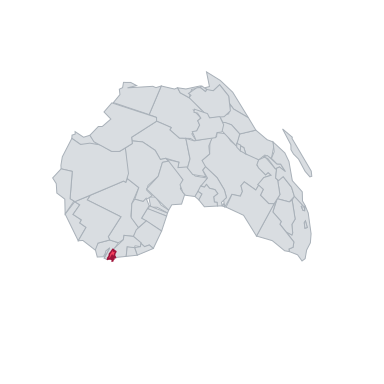 Africa, with Guinea-Bissau highlighted, rotated 305°
{"feature_id": "GNB", "entity_name": "Guinea-Bissau", "entity_type": "country or territory", "adm_level": 0, "iso_a3": "GNB", "parent_name": "Africa", "parent_adm1": "", "projection": "orthographic", "projection_center": [-15.403, 11.81], "detail": "fine", "context": "in_parent", "style": "filled", "palette": "rose", "viewbox_px": 384, "rotation_deg": 305, "n_neighbors": 49, "source": "natural_earth", "source_scale": "50m", "svg_char_len": 11698}
<svg xmlns="http://www.w3.org/2000/svg" viewBox="0 0 384 384"><g transform="rotate(305 192 192)"><path d="M266.9,197.8L279.3,208.8L277.9,223.5L279.5,229.6L277.3,232.4L265.1,237.8L264.1,230.5L256.6,228.2L254.2,221.9L254.0,214.3L258.1,209.0L257.5,200.6L266.9,197.8Z" fill="#d9dde1" stroke="#a8b0b8" stroke-width="1"/><path d="M116.8,101.5L117.1,107.4L105.4,107.4L105.7,117.4L102.3,117.8L102.2,125.5L86.8,126.8L101.2,100.7L116.8,101.5Z" fill="#d9dde1" stroke="#a8b0b8" stroke-width="1"/><path d="M254.0,214.3L256.6,228.2L251.0,230.0L248.3,242.5L251.6,243.2L251.1,247.2L245.0,242.5L230.2,243.1L230.3,229.0L225.2,228.5L221.4,233.0L216.3,234.0L213.0,226.1L198.7,227.5L203.9,222.0L207.2,223.4L212.3,217.3L218.1,204.4L220.7,185.8L223.6,182.1L233.3,184.6L243.0,178.1L248.1,177.3L251.4,180.4L255.0,178.4L259.5,187.0L256.0,194.1L254.0,214.3Z" fill="#d9dde1" stroke="#a8b0b8" stroke-width="1"/><path d="M285.2,195.6L283.8,178.5L286.0,172.0L291.6,167.0L295.7,153.1L287.2,151.4L284.1,146.7L284.8,142.8L288.4,145.8L298.7,135.0L299.6,151.2L297.1,168.1L285.2,195.6Z" fill="#d9dde1" stroke="#a8b0b8" stroke-width="1"/><path d="M279.3,208.8L266.9,197.8L269.7,185.8L266.7,177.2L269.7,171.5L277.1,177.2L285.5,173.4L283.8,178.5L285.2,195.6L279.3,208.8Z" fill="#d9dde1" stroke="#a8b0b8" stroke-width="1"/><path d="M238.8,166.9L236.3,165.6L235.2,164.6L235.0,160.0L228.8,150.9L230.2,138.2L232.9,138.0L229.4,120.8L232.7,120.2L230.8,112.5L261.2,106.0L266.3,118.6L269.1,120.4L266.5,125.4L267.9,139.1L264.8,151.9L265.1,159.7L260.0,146.4L257.6,156.9L253.7,155.8L251.2,159.9L244.8,160.8L239.5,158.5L236.6,165.7L238.8,166.9Z" fill="#d9dde1" stroke="#a8b0b8" stroke-width="1"/><path d="M229.7,122.4L232.9,138.0L230.2,138.2L228.8,150.9L232.4,156.2L218.0,171.4L209.1,174.5L203.9,166.5L208.9,164.2L204.6,151.2L200.5,147.5L205.0,137.9L204.7,122.8L199.5,113.6L202.2,111.1L229.7,122.4Z" fill="#d9dde1" stroke="#a8b0b8" stroke-width="1"/><path d="M199.0,305.9L200.9,304.1L204.7,306.5L209.5,304.1L213.3,292.3L214.1,298.5L216.3,297.9L222.7,292.4L229.0,292.0L242.8,278.7L247.2,278.3L246.6,285.0L244.6,290.0L242.7,290.0L240.6,293.5L241.3,295.0L245.8,292.4L241.5,299.2L226.1,313.5L218.3,318.1L210.2,319.2L202.3,322.9L198.6,321.7L201.1,314.5L199.0,305.9ZM233.4,301.5L231.2,301.6L227.1,305.3L229.0,306.8L233.4,301.5Z" fill="#d9dde1" stroke="#a8b0b8" stroke-width="1"/><path d="M233.4,301.5L229.0,306.8L227.1,305.3L231.2,301.6L233.4,301.5Z" fill="#d9dde1" stroke="#a8b0b8" stroke-width="1"/><path d="M247.2,278.3L239.7,277.4L235.4,265.7L240.3,265.5L251.1,255.1L256.9,257.9L253.0,270.8L247.2,278.3Z" fill="#d9dde1" stroke="#a8b0b8" stroke-width="1"/><path d="M242.8,278.7L229.0,292.0L222.7,292.4L216.3,297.9L214.1,298.5L213.3,292.3L216.0,282.5L219.0,282.0L222.0,269.7L235.4,265.7L239.7,277.4L242.8,278.7Z" fill="#d9dde1" stroke="#a8b0b8" stroke-width="1"/><path d="M216.0,282.5L209.5,304.1L204.7,306.5L200.9,304.1L199.0,305.9L197.0,301.6L198.2,285.7L192.9,270.1L234.9,265.3L222.0,269.7L219.0,282.0L216.0,282.5Z" fill="#d9dde1" stroke="#a8b0b8" stroke-width="1"/><path d="M87.9,156.3L84.4,151.7L90.3,144.8L96.2,144.3L105.5,152.1L108.2,160.8L88.0,161.1L87.4,158.0L99.1,156.6L87.9,156.3Z" fill="#d9dde1" stroke="#a8b0b8" stroke-width="1"/><path d="M108.2,160.8L105.5,152.1L107.4,149.0L130.9,148.0L125.4,110.7L130.8,110.5L161.7,129.7L162.0,132.2L165.9,131.5L165.1,145.9L147.9,149.4L137.1,155.9L132.2,168.5L122.0,169.5L117.5,161.2L113.5,163.1L108.2,160.8Z" fill="#d9dde1" stroke="#a8b0b8" stroke-width="1"/><path d="M86.8,126.8L102.2,125.5L102.3,117.8L105.7,117.4L105.4,107.4L117.1,107.4L116.8,101.5L130.8,110.5L125.4,110.7L130.9,148.0L107.4,149.0L105.5,152.1L96.2,144.3L88.9,146.1L89.7,130.4L86.8,126.8Z" fill="#d9dde1" stroke="#a8b0b8" stroke-width="1"/><path d="M163.8,183.3L160.7,184.0L159.5,172.1L155.8,167.0L163.2,159.4L167.1,165.2L163.6,174.3L163.8,183.3Z" fill="#d9dde1" stroke="#a8b0b8" stroke-width="1"/><path d="M199.5,113.6L204.7,122.8L205.0,137.9L200.5,147.5L204.6,151.2L203.6,154.8L199.3,150.8L185.5,155.3L172.2,152.2L167.5,153.9L166.2,161.5L156.2,157.4L153.3,149.2L165.1,145.9L165.9,131.5L189.8,112.2L197.5,115.3L199.5,113.6Z" fill="#d9dde1" stroke="#a8b0b8" stroke-width="1"/><path d="M163.8,183.3L168.4,153.0L185.5,155.3L199.3,150.8L205.1,156.2L196.9,177.6L188.0,180.6L185.6,187.5L176.1,190.4L170.0,182.8L163.8,183.3Z" fill="#d9dde1" stroke="#a8b0b8" stroke-width="1"/><path d="M204.5,153.1L208.9,164.2L203.9,166.5L209.5,173.3L206.9,185.5L212.3,196.7L190.0,197.0L185.6,188.6L186.5,184.6L191.1,178.0L196.9,177.6L204.5,153.1Z" fill="#d9dde1" stroke="#a8b0b8" stroke-width="1"/><path d="M156.2,164.8L160.7,184.0L157.7,185.0L152.7,166.2L156.2,164.8Z" fill="#d9dde1" stroke="#a8b0b8" stroke-width="1"/><path d="M152.9,164.9L157.7,185.0L142.6,189.5L141.6,165.7L152.9,164.9Z" fill="#d9dde1" stroke="#a8b0b8" stroke-width="1"/><path d="M122.0,169.5L129.1,168.0L142.2,171.0L142.6,189.5L123.6,192.7L124.1,187.4L120.0,184.5L122.0,169.5Z" fill="#d9dde1" stroke="#a8b0b8" stroke-width="1"/><path d="M99.7,160.3L113.5,163.1L117.5,161.2L122.0,169.5L121.2,179.6L117.6,181.1L115.3,176.3L112.4,177.1L109.9,170.4L101.5,175.0L94.1,166.5L99.7,160.3Z" fill="#d9dde1" stroke="#a8b0b8" stroke-width="1"/><path d="M120.6,179.6L120.0,184.5L124.1,187.4L123.6,192.7L108.8,183.4L113.5,176.9L117.6,181.1L120.6,179.6Z" fill="#d9dde1" stroke="#a8b0b8" stroke-width="1"/><path d="M101.5,175.0L109.9,170.4L113.5,176.9L108.8,183.4L101.5,175.0Z" fill="#d9dde1" stroke="#a8b0b8" stroke-width="1"/><path d="M132.2,168.5L136.1,156.9L147.9,149.4L153.3,149.2L156.2,157.4L160.6,158.0L156.2,164.8L141.6,165.7L142.2,171.0L132.2,168.5Z" fill="#d9dde1" stroke="#a8b0b8" stroke-width="1"/><path d="M248.1,177.3L239.3,179.4L233.3,184.6L223.6,182.1L220.5,188.6L216.1,188.3L212.5,194.6L206.7,182.6L209.1,174.5L218.0,171.4L232.4,156.2L235.2,164.6L248.1,177.3Z" fill="#d9dde1" stroke="#a8b0b8" stroke-width="1"/><path d="M220.5,188.6L218.1,204.4L212.3,217.3L207.2,223.4L200.4,222.1L197.9,224.7L195.1,220.9L197.9,218.5L196.6,216.1L200.5,212.5L205.5,214.0L207.1,209.4L205.1,204.2L206.5,199.5L203.1,199.4L202.3,195.8L212.3,196.7L216.1,188.3L220.5,188.6Z" fill="#d9dde1" stroke="#a8b0b8" stroke-width="1"/><path d="M195.9,196.5L201.8,195.6L203.1,199.4L206.5,199.5L205.1,204.2L207.1,209.4L205.5,214.0L200.5,212.5L196.6,216.1L197.9,218.5L195.1,220.9L187.0,210.6L189.5,202.0L196.0,201.2L195.9,196.5Z" fill="#d9dde1" stroke="#a8b0b8" stroke-width="1"/><path d="M190.0,197.0L195.9,196.5L196.0,201.2L189.5,202.0L190.0,197.0Z" fill="#d9dde1" stroke="#a8b0b8" stroke-width="1"/><path d="M256.6,228.2L262.7,231.7L258.8,247.1L260.0,247.7L251.4,252.5L251.1,255.1L240.3,265.5L229.5,266.0L226.5,261.5L228.6,249.9L235.0,248.9L235.7,241.6L245.0,242.5L251.1,247.2L251.6,243.2L248.3,242.5L249.9,232.6L251.8,229.4L256.6,228.2Z" fill="#d9dde1" stroke="#a8b0b8" stroke-width="1"/><path d="M261.7,230.3L265.1,232.9L263.7,245.5L265.7,248.6L262.3,256.9L262.7,249.3L258.8,247.1L262.9,234.8L261.7,230.3Z" fill="#d9dde1" stroke="#a8b0b8" stroke-width="1"/><path d="M265.1,237.8L272.2,236.2L279.5,229.6L277.3,245.6L272.6,253.9L258.8,267.7L255.4,282.2L248.0,287.7L245.8,292.4L244.0,292.8L247.2,278.3L253.0,270.8L256.9,257.9L251.0,256.4L251.4,252.5L260.0,247.7L262.7,249.3L262.3,256.9L265.7,248.6L263.7,245.5L265.1,237.8Z" fill="#d9dde1" stroke="#a8b0b8" stroke-width="1"/><path d="M244.0,292.8L241.3,295.0L240.6,293.5L242.7,290.0L244.0,292.8Z" fill="#d9dde1" stroke="#a8b0b8" stroke-width="1"/><path d="M197.9,224.7L200.4,224.2L198.7,227.5L197.9,224.7ZM199.1,228.6L213.0,226.1L216.3,234.0L221.4,233.0L225.2,228.5L230.3,229.0L230.2,243.1L235.9,242.7L235.0,248.9L228.6,249.9L226.5,261.5L229.5,266.0L192.9,270.1L202.5,247.6L199.1,228.6Z" fill="#d9dde1" stroke="#a8b0b8" stroke-width="1"/><path d="M257.5,205.5L258.1,209.0L254.0,214.3L253.4,208.0L257.5,205.5Z" fill="#d9dde1" stroke="#a8b0b8" stroke-width="1"/><path d="M295.6,230.0L294.4,242.7L293.2,243.3L277.5,277.7L273.6,281.1L272.0,279.9L273.8,272.8L280.1,260.3L281.3,253.4L283.4,248.8L287.4,245.9L295.6,230.0Z" fill="#d9dde1" stroke="#a8b0b8" stroke-width="1"/><path d="M87.4,158.0L94.3,155.2L99.1,156.6L87.4,158.0Z" fill="#d9dde1" stroke="#a8b0b8" stroke-width="1"/><path d="M176.3,86.9L167.0,73.4L167.0,62.8L169.8,61.1L172.4,63.1L174.4,61.6L174.7,71.8L179.9,75.8L176.3,86.9Z" fill="#d9dde1" stroke="#a8b0b8" stroke-width="1"/><path d="M116.8,101.5L116.5,96.0L140.2,82.1L135.9,71.5L138.7,69.3L146.4,65.6L167.0,62.8L167.0,73.4L173.4,80.3L178.1,90.1L179.2,103.0L183.6,109.3L189.8,112.2L170.7,129.4L162.0,132.2L161.7,129.7L116.8,101.5Z" fill="#d9dde1" stroke="#a8b0b8" stroke-width="1"/><path d="M267.6,135.6L266.5,125.4L269.1,120.4L272.9,127.9L283.7,138.0L282.4,139.1L275.8,132.9L267.6,135.6Z" fill="#d9dde1" stroke="#a8b0b8" stroke-width="1"/><path d="M101.2,100.7L113.2,91.9L113.6,81.9L121.0,76.0L123.6,69.8L135.9,71.5L140.2,82.1L116.5,96.0L116.8,100.5L101.2,100.7Z" fill="#d9dde1" stroke="#a8b0b8" stroke-width="1"/><path d="M261.2,106.0L230.8,112.5L220.1,76.3L230.5,77.1L234.5,73.5L237.7,75.3L242.5,73.0L246.6,79.0L247.4,85.6L240.3,79.4L256.1,99.3L256.8,102.6L261.2,106.0Z" fill="#d9dde1" stroke="#a8b0b8" stroke-width="1"/><path d="M219.0,75.2L232.7,120.2L229.7,122.4L202.2,111.1L197.5,115.3L183.6,109.3L179.2,103.0L176.9,82.8L179.9,75.8L191.9,77.7L194.2,80.9L205.2,83.7L207.1,74.0L219.0,75.2Z" fill="#d9dde1" stroke="#a8b0b8" stroke-width="1"/><path d="M295.7,153.1L291.6,167.0L280.5,176.9L272.1,175.1L262.8,163.9L267.6,135.6L270.6,135.7L270.7,132.6L280.1,136.1L282.4,139.1L282.1,145.4L284.4,145.2L287.2,151.4L295.7,153.1Z" fill="#d9dde1" stroke="#a8b0b8" stroke-width="1"/><path d="M282.4,139.1L284.5,139.1L284.4,145.2L282.1,145.4L282.4,139.1Z" fill="#d9dde1" stroke="#a8b0b8" stroke-width="1"/><path d="M266.9,197.8L255.1,201.9L259.4,180.8L266.7,177.2L268.1,179.7L269.7,185.8L266.9,197.8Z" fill="#d9dde1" stroke="#a8b0b8" stroke-width="1"/><path d="M257.5,200.6L258.3,204.9L253.4,208.0L254.3,203.1L257.5,200.6Z" fill="#d9dde1" stroke="#a8b0b8" stroke-width="1"/><path d="M258.3,182.1L255.0,178.4L250.1,180.2L236.6,165.7L241.6,157.6L244.8,160.8L251.2,159.9L253.7,155.8L257.6,156.9L259.8,151.2L258.4,147.9L261.2,146.4L265.1,159.7L262.8,163.9L269.7,171.5L265.2,179.4L258.3,182.1Z" fill="#d9dde1" stroke="#a8b0b8" stroke-width="1"/><path d="M87.9,161.2L88.1,161.2L88.6,161.3L89.0,161.2L89.3,161.1L89.7,160.9L90.1,160.8L91.3,160.9L92.3,160.7L93.1,160.3L93.8,159.9L94.7,159.9L95.7,160.0L97.1,160.0L98.2,160.0L99.5,160.0L99.5,160.3L99.8,160.7L99.7,161.1L99.6,161.4L99.6,161.5L99.4,161.6L99.1,161.6L98.9,161.7L98.7,161.8L98.9,162.1L99.0,162.3L99.5,162.6L99.6,162.8L99.6,163.3L99.6,163.7L98.7,164.0L98.0,164.0L97.5,164.0L97.2,164.1L96.7,164.4L96.1,164.6L95.8,164.6L95.7,164.7L95.5,165.0L94.8,166.4L94.6,166.7L94.4,166.9L94.2,166.6L94.4,166.1L94.2,166.1L93.9,166.5L93.7,166.5L93.7,166.0L93.3,166.1L93.0,165.8L93.0,165.6L93.0,165.3L93.2,165.2L92.8,165.1L92.7,165.0L92.9,164.7L93.6,164.4L93.9,164.3L94.3,164.3L94.1,164.0L93.7,163.9L93.3,164.0L93.2,164.2L92.6,163.8L92.6,163.6L92.8,163.3L93.0,163.2L93.8,163.2L94.1,163.0L94.3,162.9L94.2,162.8L93.9,163.0L92.9,162.9L92.6,163.0L92.0,163.4L91.4,163.6L90.9,163.5L91.1,163.0L91.0,162.9L90.8,162.8L90.1,163.0L89.6,162.7L89.4,162.5L89.4,162.1L89.7,161.8L89.7,161.7L89.0,161.8L87.9,161.2ZM90.2,166.4L89.9,166.5L89.8,166.3L89.7,166.2L89.9,166.1L90.0,166.1L90.3,165.9L90.5,166.2L90.4,166.3L90.2,166.4ZM91.1,164.8L90.9,164.9L90.7,164.9L90.6,164.6L90.8,164.3L91.0,164.3L91.1,164.8ZM90.7,163.1L90.5,163.6L90.3,163.6L90.1,163.3L90.1,163.2L90.6,163.1L90.7,163.1ZM91.7,165.8L91.7,166.0L91.6,165.9L91.6,165.6L91.8,165.5L92.0,165.5L91.9,165.7L91.7,165.8ZM92.4,164.5L92.2,164.5L92.5,164.2L92.7,164.4L92.5,164.5L92.4,164.5ZM91.1,166.3L90.8,166.4L90.9,165.9L91.0,166.0L91.1,166.3Z" fill="#f43f5e" stroke="#9f1239" stroke-width="1.5"/></g></svg>